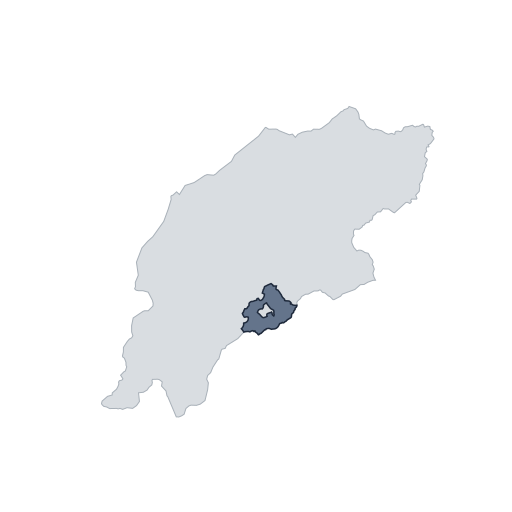 Selenge on a map of Mongolia (Mercator projection), rotated 134°
{"feature_id": "MNG-3326", "entity_name": "Selenge", "entity_type": "Province", "adm_level": 1, "iso_a3": "MNG", "parent_name": "Mongolia", "parent_adm1": "", "projection": "mercator", "projection_center": [106.313, 49.491], "detail": "fine", "context": "in_parent", "style": "filled", "palette": "slate", "viewbox_px": 512, "rotation_deg": 134, "n_neighbors": 0, "source": "natural_earth", "source_scale": "10m", "svg_char_len": 7782}
<svg xmlns="http://www.w3.org/2000/svg" viewBox="0 0 512 512"><g transform="rotate(134 256 256)"><path d="M43.1,215.2L44.7,215.1L47.1,213.3L47.3,210.7L48.1,209.3L54.0,208.6L56.6,209.4L57.0,207.7L57.5,207.5L58.9,208.9L60.3,208.3L61.2,207.6L62.1,205.7L64.1,206.0L67.5,203.8L67.4,200.0L68.7,199.1L71.8,198.3L72.2,196.6L72.9,196.1L75.1,195.6L79.0,193.6L80.9,193.4L82.3,191.7L85.7,189.4L91.0,188.3L91.4,187.1L96.1,183.5L101.3,183.4L102.7,180.3L103.5,180.0L107.1,183.7L108.6,183.2L109.1,181.8L111.3,181.8L112.2,184.4L113.4,185.4L128.7,186.4L129.2,187.4L130.1,193.4L132.9,196.2L133.5,197.5L137.7,197.1L140.1,199.3L143.8,199.2L145.6,199.8L149.2,197.7L150.0,197.7L151.1,198.8L152.8,198.0L156.2,200.0L158.7,199.7L159.9,200.5L161.4,199.8L165.1,200.4L168.0,203.6L170.1,203.3L172.5,201.2L173.1,199.8L176.6,199.1L178.6,197.7L179.9,196.4L181.9,191.7L182.3,186.9L180.5,186.2L179.0,184.6L178.1,182.0L177.9,180.1L176.2,177.4L176.4,176.0L177.4,173.6L177.9,169.7L179.1,167.5L181.5,166.3L181.7,164.8L183.3,161.8L187.1,160.0L189.2,156.6L190.4,153.2L192.3,155.0L197.3,157.4L201.4,158.5L204.1,161.0L211.4,161.6L223.5,167.5L226.1,167.2L233.3,169.6L233.9,170.4L233.8,174.8L234.4,176.0L234.6,180.7L236.0,183.0L235.6,185.8L236.3,186.7L238.0,187.1L240.9,190.0L247.2,192.0L249.1,193.8L253.5,195.1L255.8,194.4L259.4,194.8L260.8,194.5L263.1,192.3L264.6,191.6L273.0,189.9L275.2,188.4L276.8,188.1L283.3,189.6L287.9,191.7L294.5,191.5L297.5,193.9L298.8,196.2L301.4,198.2L310.5,199.1L310.9,199.6L310.8,204.4L311.1,205.1L317.0,210.4L319.8,211.9L328.1,211.7L340.9,215.0L343.9,214.0L346.6,215.7L347.7,215.6L356.0,211.2L357.2,211.5L365.9,209.8L371.4,207.6L375.5,207.8L378.9,205.9L380.3,202.2L385.8,197.9L395.4,192.3L401.3,193.2L404.8,195.1L408.4,199.1L410.4,200.1L414.3,200.5L419.8,197.8L422.7,198.5L425.4,199.7L427.1,201.6L418.5,221.7L418.4,222.9L415.6,227.0L415.2,233.6L411.7,236.0L412.1,239.7L412.9,241.1L416.7,244.8L417.9,244.3L419.0,242.7L421.1,241.4L424.9,241.8L428.1,241.2L432.3,242.4L436.0,245.5L441.6,238.8L446.6,238.0L451.3,238.9L454.7,243.4L459.0,245.4L460.1,248.0L461.8,249.0L462.3,250.2L467.4,255.3L468.4,258.7L469.9,261.0L469.9,263.5L469.5,264.6L467.3,265.9L460.1,265.3L455.9,262.9L454.3,264.3L448.7,263.8L445.6,264.7L443.4,265.7L442.2,267.2L441.2,267.6L440.3,267.5L438.6,266.3L437.2,266.3L436.7,266.6L435.8,270.6L431.0,270.6L429.5,270.1L425.5,272.0L424.9,273.6L422.8,275.7L420.9,279.7L421.2,281.5L420.7,282.6L417.2,284.7L413.8,287.9L406.9,289.2L403.7,289.4L401.2,288.6L398.9,289.2L397.0,292.7L392.5,297.1L385.9,301.3L374.2,298.8L372.8,298.1L370.3,295.5L363.5,295.4L361.5,297.1L359.8,299.8L356.9,308.4L359.5,313.2L362.6,316.4L363.9,318.6L363.9,320.5L361.8,321.4L358.8,324.5L351.6,327.3L343.5,337.7L329.4,343.7L320.7,344.1L313.9,343.6L295.2,346.4L283.2,351.7L274.3,356.3L272.4,358.5L271.5,358.8L269.8,358.0L265.0,357.7L265.0,353.8L254.5,356.0L246.1,351.5L233.9,348.8L231.4,347.7L227.3,342.6L225.1,341.9L219.7,341.7L205.0,339.4L198.1,341.4L168.0,337.4L157.1,338.6L156.6,338.2L155.9,334.9L150.8,329.8L150.1,328.5L149.9,326.6L145.6,316.1L143.0,314.5L143.3,310.1L139.3,310.4L134.8,308.7L130.2,305.6L128.0,303.2L124.8,302.7L120.8,298.4L118.9,297.6L109.2,295.9L104.4,296.4L99.1,295.3L93.2,295.1L91.3,294.2L89.6,294.3L86.1,292.5L83.8,292.9L80.9,286.6L81.6,282.7L82.7,280.4L85.5,276.9L85.4,275.6L84.3,272.4L85.8,266.7L85.3,263.1L83.7,259.1L81.7,258.2L78.7,252.7L77.8,248.4L76.5,245.4L73.5,243.6L72.5,241.0L71.6,240.8L70.9,241.7L69.2,242.0L67.3,240.4L66.3,238.5L65.2,238.0L63.2,238.1L61.4,238.9L59.5,238.5L57.7,236.8L53.2,234.2L53.1,232.2L52.4,230.9L51.0,230.5L49.7,229.1L45.3,227.5L45.2,226.5L46.3,224.4L43.3,222.7L42.1,220.9L43.8,218.5L43.1,216.9L43.1,215.2Z" fill="#d9dde1" stroke="#a8b0b8" stroke-width="1"/><path d="M276.1,188.1L280.2,189.2L282.1,189.1L282.4,189.2L283.1,189.5L283.7,189.6L284.4,189.6L284.8,189.7L285.5,190.3L285.6,190.6L285.6,190.8L285.6,191.0L286.8,191.2L287.1,191.4L287.7,191.8L288.0,191.9L288.3,192.0L290.8,191.2L292.3,191.0L293.7,191.2L294.9,191.6L295.5,192.0L297.5,193.7L297.9,193.9L298.1,194.1L298.3,194.9L298.4,195.1L298.6,195.4L298.7,195.5L298.8,195.8L298.9,196.2L299.1,196.5L299.6,196.8L299.8,197.0L300.5,197.6L300.9,197.9L301.3,198.1L301.7,198.0L302.0,197.8L302.4,197.8L303.1,198.5L308.0,198.6L308.3,198.7L308.8,199.1L309.0,199.2L309.5,199.1L310.2,199.3L310.9,199.4L311.0,199.6L311.0,200.1L310.9,200.5L310.7,200.8L310.7,201.1L310.7,201.5L310.9,202.5L311.0,203.3L311.0,203.5L310.9,203.8L310.6,204.5L310.6,204.8L310.8,204.9L311.1,205.0L311.6,204.9L311.8,205.1L311.7,205.6L311.7,205.9L311.8,206.2L312.0,206.5L313.0,207.2L313.3,207.3L314.4,207.5L314.7,207.6L314.9,207.8L315.1,208.1L315.2,208.4L315.3,208.7L316.1,209.6L317.9,211.2L318.8,211.8L319.2,211.9L318.7,213.9L318.5,216.0L318.0,215.9L317.6,216.0L316.1,216.2L315.6,216.3L314.6,216.8L313.8,217.3L313.6,217.5L313.3,217.9L312.8,218.3L311.5,217.4L311.2,217.3L310.7,217.1L310.4,217.0L309.8,216.9L308.9,216.9L308.5,217.0L307.7,217.2L307.3,217.4L306.3,218.1L305.4,219.0L306.1,220.3L306.3,220.5L306.7,220.9L307.5,221.3L307.8,221.4L307.9,221.5L308.0,221.8L308.1,222.1L308.0,222.6L307.7,223.4L307.5,224.3L307.2,224.9L307.0,225.5L306.9,225.8L306.5,226.0L306.2,226.0L305.5,226.0L305.3,226.0L305.0,226.1L304.6,226.4L304.1,226.6L303.3,226.9L301.7,227.4L301.1,226.7L300.9,226.5L300.6,226.4L300.3,226.3L299.8,226.2L299.3,226.3L298.3,226.5L298.0,226.6L297.1,226.5L296.6,226.6L296.4,226.7L296.0,227.0L295.7,227.4L295.1,227.9L294.7,228.1L294.3,228.2L293.8,228.2L292.6,228.0L292.1,227.8L291.4,227.3L291.2,227.0L291.0,226.8L288.9,225.8L287.3,224.8L286.9,225.1L286.5,225.4L285.9,225.6L285.2,225.2L284.8,224.8L285.1,224.1L285.3,223.2L285.3,222.7L285.3,222.4L285.2,222.2L284.5,221.6L284.1,221.5L282.8,221.2L280.3,221.8L279.5,222.1L279.1,222.3L278.5,222.7L277.6,223.4L277.8,224.0L278.0,225.0L278.3,225.7L277.4,226.2L276.5,226.6L275.7,227.0L275.3,227.3L275.0,227.4L274.2,227.5L273.9,227.6L273.1,228.1L272.7,228.3L272.2,228.5L271.9,228.5L271.2,228.3L270.3,227.9L269.3,227.6L268.7,227.4L267.8,227.0L265.4,226.0L265.3,225.3L265.2,223.8L265.4,223.5L265.3,223.3L265.4,223.1L265.5,222.9L265.6,222.7L265.1,222.2L264.6,221.7L264.0,221.1L263.4,220.5L264.7,219.7L265.3,219.2L265.7,218.8L265.9,218.6L266.0,218.3L266.0,218.0L265.9,217.7L265.4,216.9L265.3,216.3L265.5,215.3L265.7,213.8L266.1,212.4L266.3,211.1L266.6,210.3L266.9,209.7L267.2,208.6L267.3,208.1L267.3,207.4L267.3,205.3L268.1,204.5L267.8,203.8L267.5,203.4L266.0,201.7L265.5,201.0L265.3,200.6L265.3,200.2L265.2,199.5L265.3,198.4L265.9,198.3L266.1,198.3L266.4,198.1L266.5,198.0L266.6,197.8L265.8,197.0L265.8,196.3L265.7,195.9L265.5,195.2L265.3,194.9L264.3,193.5L263.0,192.4L263.4,192.0L263.8,191.8L264.7,191.5L266.1,191.6L266.5,191.5L266.8,191.3L267.3,190.8L267.7,190.7L268.9,190.7L269.3,190.6L270.1,190.0L270.4,189.9L270.8,189.8L272.4,190.0L272.7,190.0L273.1,189.9L273.4,189.7L274.9,188.5L275.4,188.2L276.1,188.1ZM289.9,207.8L289.4,207.7L288.8,207.5L288.2,207.2L287.6,206.8L287.0,206.6L286.6,206.2L286.0,206.0L285.5,205.9L285.6,205.4L285.9,204.8L286.7,203.9L286.8,203.7L286.9,203.3L286.9,202.8L286.8,201.6L285.7,202.0L285.1,203.0L284.8,203.4L284.7,203.6L283.7,204.2L283.6,204.4L283.3,205.0L283.1,205.2L282.8,205.5L282.9,206.2L283.1,206.7L283.2,207.1L283.2,207.5L283.5,208.0L283.6,208.4L283.6,208.5L283.6,208.9L283.6,209.8L283.5,210.2L283.2,212.2L283.0,213.8L282.7,215.3L282.4,215.8L283.3,216.2L283.8,216.3L285.2,216.5L285.5,216.6L285.9,216.5L286.2,216.4L286.3,216.4L286.6,216.1L287.1,215.6L287.9,215.1L288.7,214.8L289.1,214.8L289.7,214.7L290.2,215.3L290.8,215.8L291.3,216.1L293.0,216.7L294.5,216.3L295.6,215.8L295.6,214.3L295.4,213.1L295.5,212.0L295.6,211.0L295.7,209.7L295.6,208.9L295.5,208.5L295.4,208.1L295.2,207.9L294.8,207.5L294.6,207.4L294.1,207.2L293.7,206.9L293.3,206.7L291.7,206.1L291.3,206.9L291.0,207.2L290.4,207.7L290.2,207.8L289.9,207.8Z" fill="#64748b" stroke="#1e293b" stroke-width="1.5"/></g></svg>